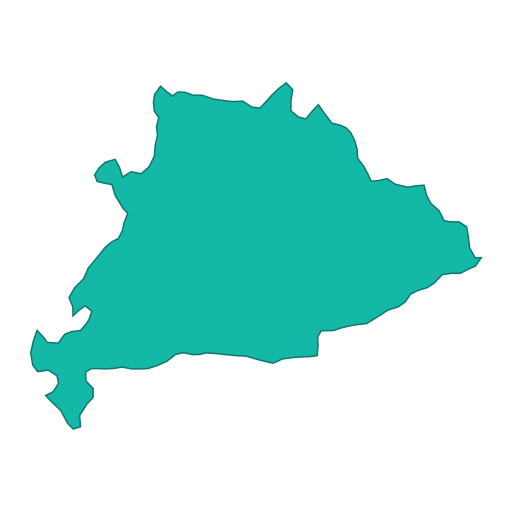 outline of São Sebastião da Bela Vista, Minas Gerais, Brazil
{"feature_id": "56859067B55755332665387", "entity_name": "São Sebastião da Bela Vista", "entity_type": "district", "adm_level": 2, "iso_a3": "BRA", "parent_name": "Brazil", "parent_adm1": "Minas Gerais", "projection": "robinson", "projection_center": [-45.786, -22.166], "detail": "fine", "context": "isolated", "style": "filled", "palette": "teal", "viewbox_px": 512, "rotation_deg": 0, "n_neighbors": 0, "source": "geoboundaries", "source_scale": "gbopen_adm2", "svg_char_len": 2103}
<svg xmlns="http://www.w3.org/2000/svg" viewBox="0 0 512 512"><path d="M318.3,104.6L310.2,113.5L305.9,118.9L298.7,117.1L290.9,110.9L291.0,100.4L292.7,89.6L286.2,82.9L279.3,88.1L271.7,95.2L265.6,102.1L260.0,108.1L251.7,107.0L242.8,101.2L232.4,101.6L222.4,100.4L212.8,98.9L202.0,95.2L193.1,95.2L185.0,92.3L177.8,92.0L172.5,95.8L167.1,92.0L160.5,86.2L154.8,94.3L153.4,102.1L154.4,111.2L158.7,117.5L156.5,126.7L157.5,135.1L155.1,145.9L154.4,156.0L149.1,166.8L141.1,173.7L131.1,171.7L122.5,177.1L119.5,167.5L115.1,159.4L105.5,162.1L99.2,167.8L94.6,174.9L97.2,181.5L103.6,183.0L111.9,184.5L115.1,195.3L123.2,208.6L127.8,213.3L124.2,222.2L122.5,230.3L118.5,238.4L111.9,241.8L104.9,247.7L97.5,257.0L88.3,268.1L83.5,278.9L74.7,287.7L69.0,297.7L72.9,307.0L73.0,315.8L78.3,310.9L84.9,305.8L91.9,311.2L88.8,320.0L84.9,325.4L80.5,330.5L71.6,331.6L64.7,334.3L58.3,343.1L47.3,342.4L43.0,336.7L37.1,330.4L33.3,341.3L30.7,352.9L32.7,365.0L37.7,371.6L48.4,370.1L57.0,375.9L58.6,383.2L53.3,391.6L45.6,395.5L50.7,400.9L60.9,410.7L67.6,423.3L73.3,429.1L80.5,426.7L79.6,415.6L86.6,404.4L93.0,397.5L93.2,388.6L86.0,381.0L85.6,372.1L91.5,368.6L98.8,368.6L105.2,368.9L113.2,368.5L121.9,367.1L131.9,368.9L141.9,368.9L148.1,368.5L156.5,365.8L166.8,361.3L175.5,354.4L183.8,352.7L192.8,354.7L199.4,354.4L206.4,352.9L216.4,353.6L226.7,354.7L236.3,355.6L246.4,356.2L255.6,358.9L264.7,361.3L273.2,363.2L282.6,358.9L293.9,357.4L302.3,356.9L310.3,356.6L317.2,355.6L318.0,345.1L317.6,337.0L321.2,330.8L333.8,330.5L340.6,328.1L349.5,325.9L358.6,324.4L366.5,323.6L373.1,319.6L379.8,315.4L387.9,310.1L398.5,306.7L405.1,302.0L410.5,294.2L417.9,290.4L427.1,287.7L434.5,282.8L442.1,274.7L451.4,273.3L460.4,273.3L467.4,269.6L475.4,266.1L481.3,257.6L475.1,257.7L469.7,248.1L468.3,236.6L466.6,226.8L459.1,221.9L450.4,221.9L444.1,220.7L439.1,210.7L430.7,203.4L426.4,194.8L424.1,185.2L416.7,185.7L407.9,187.2L395.2,184.2L387.1,178.6L378.6,180.6L371.2,181.3L367.9,174.0L363.5,166.0L357.6,158.2L357.2,149.5L354.6,140.5L350.8,132.8L345.9,127.7L339.5,125.0L331.9,123.2L325.7,115.1L318.3,104.6Z" fill="#14b8a6" stroke="#0f766e" stroke-width="1.5"/></svg>